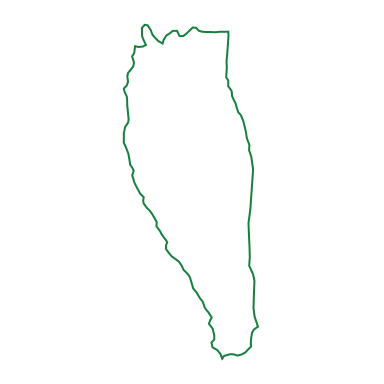 Akanthou, Cyprus, rotated 274°
{"feature_id": "46923920B90668943493632", "entity_name": "Akanthou", "entity_type": "district", "adm_level": 2, "iso_a3": "CYP", "parent_name": "Cyprus", "parent_adm1": "", "projection": "robinson", "projection_center": [33.758, 35.379], "detail": "fine", "context": "isolated", "style": "outline", "palette": "green", "viewbox_px": 384, "rotation_deg": 274, "n_neighbors": 0, "source": "geoboundaries", "source_scale": "gbopen_adm2", "svg_char_len": 2130}
<svg xmlns="http://www.w3.org/2000/svg" viewBox="0 0 384 384"><g transform="rotate(274 192 192)"><path d="M62.3,267.2L71.9,263.2L80.6,261.4L90.2,261.1L90.5,261.0L93.9,260.9L107.7,260.5L114.1,258.7L122.4,254.2L131.1,254.2L140.3,253.3L152.3,251.9L165.1,250.5L170.8,250.9L178.9,251.4L204.7,251.4L218.5,251.4L231.3,248.7L237.8,246.0L242.8,246.0L249.7,242.9L256.1,241.5L266.7,238.1L272.3,235.2L274.7,232.6L279.1,230.8L283.8,229.1L287.0,227.1L290.5,225.3L295.5,224.5L300.2,220.7L305.8,220.4L308.8,218.1L313.5,218.1L317.3,218.1L321.1,217.8L324.4,217.3L332.3,217.5L338.5,217.5L345.5,217.5L350.5,217.5L354.4,217.0L354.1,213.2L353.8,208.6L353.2,205.7L352.9,202.2L352.9,199.3L352.6,195.3L352.6,191.0L353.2,187.8L356.1,184.6L356.1,181.2L353.2,178.6L350.2,176.0L347.0,172.5L346.7,168.7L351.7,165.8L351.4,161.5L348.8,158.9L346.4,155.5L341.7,153.1L338.1,152.3L340.2,147.9L343.7,143.9L346.1,141.6L350.5,139.6L355.2,136.1L355.5,133.2L352.3,130.6L347.9,130.9L343.5,131.5L339.0,133.8L335.5,135.8L333.7,132.9L332.9,128.6L333.5,125.1L326.4,124.6L323.2,122.8L317.0,125.1L313.2,124.6L309.6,122.3L306.4,119.9L303.2,119.4L297.3,120.5L293.5,119.4L290.5,116.8L287.6,117.6L282.9,120.2L279.9,120.8L273.5,121.4L267.3,122.5L263.5,123.1L260.2,123.7L256.7,123.4L252.3,120.8L246.1,119.9L242.0,120.2L236.4,120.5L231.7,123.1L226.1,125.7L219.7,127.4L215.2,128.3L211.7,130.9L209.1,132.4L204.4,131.2L197.6,133.8L193.5,136.1L190.0,138.4L186.7,140.4L183.5,144.2L180.2,143.9L177.3,144.5L173.2,147.9L170.5,151.1L167.3,153.7L163.5,156.3L159.7,158.9L155.3,158.9L150.5,163.0L147.6,164.7L142.9,168.7L140.3,170.8L137.3,169.9L133.5,169.9L129.7,173.1L126.4,176.2L121.7,183.8L117.6,186.9L113.5,189.2L111.7,191.5L109.4,193.9L106.7,195.9L101.4,197.9L95.8,199.9L92.3,203.4L89.4,205.4L86.1,207.7L83.8,210.0L80.8,211.5L77.9,212.6L75.5,214.4L73.2,216.7L70.5,218.7L68.2,220.4L65.2,219.0L61.7,218.1L57.0,222.2L50.5,224.2L46.4,224.5L43.2,221.9L38.5,223.3L36.1,228.2L32.3,231.7L27.9,233.7L30.8,235.5L32.9,241.5L32.9,245.3L32.0,248.7L33.5,253.1L35.8,256.5L38.5,258.6L42.0,261.7L45.2,261.2L49.9,261.2L55.8,261.7L59.3,263.5L62.3,267.2Z" fill="none" stroke="#15803d" stroke-width="2"/></g></svg>